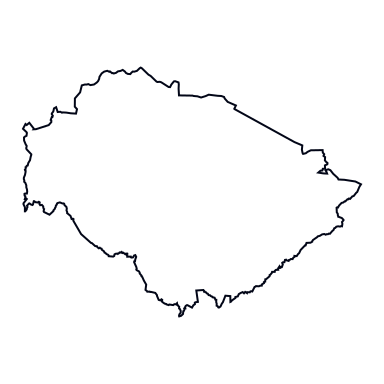 Villa Hidalgo, Jalisco, Mexico
{"feature_id": "50627088B61911650212714", "entity_name": "Villa Hidalgo", "entity_type": "district", "adm_level": 2, "iso_a3": "MEX", "parent_name": "Mexico", "parent_adm1": "Jalisco", "projection": "robinson", "projection_center": [-102.593, 21.663], "detail": "fine", "context": "isolated", "style": "outline", "palette": "ink", "viewbox_px": 384, "rotation_deg": 0, "n_neighbors": 0, "source": "geoboundaries", "source_scale": "gbopen_adm2", "svg_char_len": 5904}
<svg xmlns="http://www.w3.org/2000/svg" viewBox="0 0 384 384"><path d="M192.5,95.6L179.0,95.4L178.6,88.7L178.8,84.3L178.5,82.4L175.1,81.2L173.9,81.4L171.3,84.6L170.1,87.1L168.6,87.0L161.3,82.3L159.8,81.8L157.4,82.0L156.5,81.6L150.6,75.9L148.5,74.7L141.8,68.2L140.7,67.6L139.6,68.3L136.9,70.9L134.1,71.7L132.8,71.5L131.4,72.7L130.3,74.1L127.8,73.9L125.9,72.9L125.0,71.6L122.7,69.9L120.6,70.9L117.9,71.4L116.1,72.8L113.8,73.5L112.8,73.0L112.1,73.2L109.9,71.4L109.3,71.8L107.3,70.8L104.2,71.6L101.7,73.4L99.5,76.8L99.1,79.0L98.1,81.1L96.8,82.5L94.0,84.5L90.4,85.1L88.3,84.1L86.9,84.5L84.9,84.5L81.8,85.4L80.1,92.4L74.9,98.4L74.8,106.7L77.0,109.1L76.0,113.6L70.9,113.3L66.3,112.6L62.6,112.4L62.0,112.7L60.4,111.8L57.7,112.0L56.1,107.2L54.0,108.4L53.3,111.5L51.8,113.5L51.8,114.3L52.8,115.7L52.4,117.0L51.8,117.0L50.7,120.0L51.3,120.5L51.3,122.1L48.7,125.1L35.9,129.2L33.7,129.3L34.0,128.9L29.3,122.8L26.7,125.0L25.5,124.0L23.0,128.8L26.5,132.1L26.9,132.9L26.5,135.8L24.6,136.8L24.0,137.5L24.1,140.6L25.8,144.6L26.6,145.7L26.6,146.7L26.2,148.1L26.6,149.3L31.3,154.3L31.3,154.8L30.7,156.7L30.0,160.2L28.3,163.0L27.7,165.5L26.7,165.8L26.3,166.9L25.6,167.2L25.7,168.9L24.9,169.7L25.2,170.6L25.6,170.8L25.6,171.8L25.0,174.9L23.9,177.6L23.8,179.0L24.3,180.3L24.2,181.8L25.3,182.8L26.3,185.3L26.3,187.3L27.0,189.5L27.2,191.7L26.9,193.5L25.2,193.5L24.5,193.8L24.5,195.1L24.8,195.9L25.3,196.2L25.4,197.2L24.8,199.1L25.8,199.2L26.1,198.4L26.8,199.0L23.5,203.3L23.5,204.3L24.9,207.2L24.9,211.3L25.3,211.3L26.7,209.5L26.8,208.4L27.5,207.0L27.0,205.7L29.0,203.5L29.5,203.4L30.9,204.5L32.5,205.0L33.0,204.4L33.8,201.2L34.3,201.2L35.5,202.2L37.2,202.4L37.7,202.5L38.8,201.8L39.7,202.4L39.4,203.9L40.2,205.2L41.9,204.9L43.2,206.4L43.3,207.7L43.7,208.8L44.1,209.1L43.6,211.2L44.0,212.0L49.5,214.7L53.4,211.1L53.4,210.4L54.9,208.7L55.0,208.0L55.7,206.9L55.9,205.5L56.8,204.6L56.9,203.8L57.4,203.1L59.9,202.4L62.5,203.5L63.7,203.4L64.2,203.8L64.5,205.1L66.4,206.9L66.8,208.6L66.5,210.4L67.2,212.1L67.1,213.1L70.5,215.9L71.6,219.0L72.9,218.7L73.5,219.1L73.3,220.6L73.6,221.2L81.1,234.1L91.0,242.9L91.9,243.1L95.2,246.1L96.9,246.2L97.4,247.2L98.8,248.3L99.8,247.7L100.4,248.3L101.6,248.7L101.9,249.8L103.6,251.0L104.2,251.6L104.4,252.5L105.7,253.2L106.5,254.1L107.9,254.7L108.6,255.4L108.7,256.2L113.2,256.6L114.2,256.0L114.5,254.4L115.5,253.8L117.9,253.5L118.0,253.8L119.0,253.2L119.5,252.5L120.1,252.3L121.0,252.7L121.7,252.0L122.5,253.0L123.3,252.7L125.2,254.2L125.9,253.6L127.3,253.6L127.4,253.9L126.6,254.5L127.0,255.9L127.9,256.3L127.7,256.7L130.8,256.6L130.9,257.3L131.8,257.6L133.1,257.3L134.1,255.5L135.3,255.1L136.2,256.9L135.3,259.3L135.0,261.2L134.3,261.3L134.1,262.1L136.3,267.0L136.7,268.6L136.3,269.4L136.6,270.1L139.0,271.4L139.7,272.6L139.7,273.5L141.6,275.7L141.5,276.3L142.3,277.0L143.9,280.6L146.2,284.6L145.5,289.9L147.1,291.2L147.3,291.7L149.7,291.6L150.1,292.0L151.0,291.9L155.3,292.9L157.0,295.2L157.0,295.9L158.7,299.9L160.4,300.4L161.4,299.3L162.2,299.8L162.0,301.6L162.5,302.1L164.6,303.6L166.2,304.0L166.4,304.4L168.7,305.1L169.3,304.5L173.2,305.1L174.3,304.2L175.8,304.3L177.0,303.2L177.3,305.1L178.0,305.3L178.3,306.0L179.2,306.7L179.1,308.5L179.8,308.9L180.7,310.8L180.7,312.7L179.4,314.3L179.0,315.9L179.2,316.4L181.1,315.8L183.0,314.0L183.3,311.2L183.9,310.9L184.6,309.1L184.2,308.4L184.5,308.1L185.3,308.2L185.1,307.1L185.7,305.9L187.0,305.1L187.5,305.2L192.0,307.6L193.4,305.2L194.9,304.2L194.8,302.7L195.3,302.3L197.9,301.9L196.3,290.5L203.4,290.0L204.1,291.6L204.5,291.3L205.3,292.2L206.0,292.3L206.8,293.4L207.8,293.7L208.6,295.1L210.1,295.3L210.8,296.1L212.4,296.7L212.6,297.3L214.6,297.7L215.4,299.7L216.3,299.8L216.2,302.1L216.7,303.7L216.6,305.7L217.7,306.2L218.3,307.4L218.9,307.6L220.5,306.5L221.8,303.7L222.9,302.2L225.4,295.7L230.3,296.1L230.4,301.9L231.2,301.5L231.8,300.5L235.4,298.0L235.4,297.0L237.8,296.4L238.8,294.1L240.8,292.9L242.7,292.1L244.0,293.3L245.2,291.9L247.0,293.1L247.2,292.2L249.8,292.3L250.3,291.5L251.1,291.2L252.3,291.5L254.6,286.9L255.6,286.6L256.0,286.1L258.9,286.3L260.2,285.7L261.8,285.6L261.9,284.4L264.0,283.1L263.9,282.1L264.3,281.7L265.2,281.6L265.3,279.3L266.1,279.2L269.4,276.4L269.7,275.9L269.6,275.1L270.4,274.6L271.9,272.8L272.1,271.9L274.7,271.9L274.8,270.9L275.9,269.9L277.8,269.8L277.5,269.3L278.5,268.6L278.3,268.1L279.3,266.6L279.5,267.4L280.1,267.9L280.4,267.9L280.6,267.3L280.8,267.5L281.3,266.9L281.9,267.0L282.8,264.5L282.2,262.9L282.9,262.3L284.4,262.2L285.0,259.9L286.1,259.7L286.4,260.3L288.6,260.9L288.8,260.1L290.2,259.6L290.9,259.0L292.6,259.1L293.3,257.7L294.6,256.8L294.5,255.9L296.7,256.1L298.1,254.0L299.1,253.2L300.6,250.0L305.2,245.2L305.3,245.6L305.6,245.5L306.5,242.9L310.5,242.7L312.2,241.7L312.2,241.2L313.1,239.9L317.2,237.1L317.7,236.4L319.9,235.8L322.1,234.4L324.3,234.0L325.7,234.7L326.6,234.2L328.0,234.2L328.8,233.6L329.9,233.8L332.2,231.1L333.5,230.0L334.3,228.2L335.3,227.9L336.3,226.7L338.1,226.3L340.1,226.6L341.1,226.1L342.0,226.3L342.4,223.9L342.0,222.0L343.5,220.3L343.5,219.8L341.8,218.0L338.3,216.7L338.4,216.4L337.9,215.6L337.7,213.6L336.8,212.4L336.6,207.7L337.2,207.3L338.0,207.5L339.1,205.5L341.6,202.9L343.3,202.5L344.7,201.3L345.3,201.4L347.5,199.2L348.4,199.3L349.0,198.5L350.1,198.9L352.3,196.4L353.7,196.0L356.2,192.8L357.2,192.0L359.4,186.8L361.0,184.3L355.4,181.5L344.4,179.8L338.5,179.5L337.6,177.8L333.2,173.8L330.4,170.2L328.4,169.3L327.1,169.6L325.6,170.5L326.5,171.9L327.1,173.6L323.4,173.4L318.3,172.6L320.5,170.7L322.4,170.5L322.8,168.8L325.1,168.7L324.9,165.4L327.3,164.3L327.5,163.4L327.4,162.8L326.3,162.1L324.9,160.4L325.1,157.1L323.5,155.9L324.2,154.2L322.8,152.6L322.6,150.1L310.8,150.3L307.5,151.9L305.9,153.2L303.1,153.9L302.6,153.1L301.9,149.7L302.3,145.4L294.5,142.1L234.4,109.0L234.3,108.8L235.9,105.5L227.7,101.9L224.7,98.5L224.1,97.0L221.3,96.0L217.7,95.8L208.7,94.7L205.6,96.1L201.1,97.5L197.4,96.3L193.7,96.0L192.5,95.6Z" fill="none" stroke="#020617" stroke-width="2"/></svg>